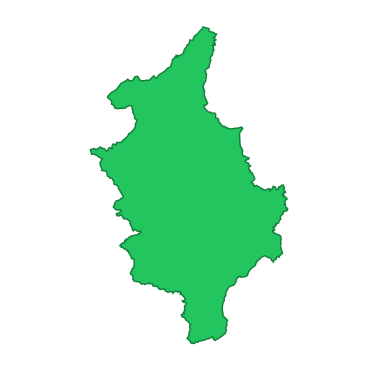 outline of Yamethin, Mandalay, Myanmar, rotated 244°
{"feature_id": "60261553B80519287808549", "entity_name": "Yamethin", "entity_type": "district", "adm_level": 2, "iso_a3": "MMR", "parent_name": "Myanmar", "parent_adm1": "Mandalay", "projection": "orthographic", "projection_center": [96.12, 20.484], "detail": "fine", "context": "isolated", "style": "filled", "palette": "green", "viewbox_px": 384, "rotation_deg": 244, "n_neighbors": 0, "source": "geoboundaries", "source_scale": "gbopen_adm2", "svg_char_len": 6080}
<svg xmlns="http://www.w3.org/2000/svg" viewBox="0 0 384 384"><g transform="rotate(244 192 192)"><path d="M97.2,246.4L104.5,247.7L106.6,249.3L109.1,250.2L110.9,251.6L113.4,252.3L115.3,251.4L116.8,249.6L119.2,248.0L120.4,247.3L121.4,247.3L122.1,248.1L121.5,248.1L121.4,249.3L121.7,249.6L121.8,249.0L122.2,248.7L123.6,249.6L124.2,249.3L125.1,249.9L124.3,251.0L125.4,252.9L126.0,252.9L125.9,253.4L126.6,253.3L126.2,256.3L127.7,257.4L128.8,259.9L130.3,260.1L131.8,261.4L132.7,264.7L133.9,265.0L134.2,265.5L133.6,269.3L134.4,269.4L134.3,270.1L134.7,270.5L135.6,269.9L136.0,270.4L137.0,269.6L139.5,270.2L139.8,269.5L140.2,269.5L140.3,270.6L141.4,270.8L143.5,272.1L144.0,273.4L143.8,274.0L144.6,274.5L146.2,274.1L146.4,273.4L148.2,273.1L148.1,272.5L148.7,272.8L148.9,272.3L149.8,273.2L150.1,272.3L151.2,274.3L150.5,275.7L151.9,276.0L152.0,275.2L154.0,275.4L154.6,276.7L158.1,277.2L158.8,275.4L158.0,273.9L158.6,272.3L156.6,270.2L157.0,269.2L160.4,268.8L161.4,267.5L159.4,264.7L159.5,263.1L159.1,262.4L160.0,262.5L160.5,263.2L161.5,262.2L161.4,258.5L164.9,255.8L169.6,252.9L169.7,250.4L172.5,250.7L174.7,249.4L175.6,253.1L176.3,254.2L182.6,254.5L184.1,252.9L185.3,254.0L186.8,253.2L188.2,253.2L189.3,254.2L190.0,256.1L191.5,254.7L192.9,255.6L196.0,253.0L197.1,254.8L196.6,257.0L197.7,258.2L198.2,257.0L199.4,256.5L201.2,255.0L201.5,253.9L204.3,253.9L207.4,255.8L211.9,255.6L213.4,255.9L224.1,260.5L226.9,265.4L228.6,265.0L229.1,261.6L230.1,259.6L231.5,254.6L232.8,252.9L234.7,251.3L235.0,250.4L235.6,250.6L236.9,249.9L237.2,248.8L240.2,247.5L241.9,247.5L242.5,246.8L245.3,247.4L246.0,247.8L248.4,245.8L251.5,247.3L252.6,247.2L253.1,246.8L254.0,244.3L255.3,243.9L257.0,241.5L261.9,240.1L264.7,240.8L263.9,242.5L264.9,244.9L273.2,245.3L277.5,247.6L281.1,247.8L282.9,249.0L286.0,253.0L288.6,254.9L291.6,256.7L294.4,256.7L296.3,258.5L296.4,261.2L297.0,262.5L298.0,262.8L302.7,266.9L303.3,266.6L304.7,267.2L306.5,270.8L309.9,273.0L310.0,274.1L311.6,274.0L313.0,274.8L315.1,275.0L315.1,275.8L313.8,276.8L314.4,277.5L315.5,277.0L315.8,277.9L317.5,277.3L318.4,278.0L317.9,279.3L318.2,280.2L321.3,279.0L321.1,280.2L323.1,283.3L324.2,282.1L326.0,281.2L328.8,277.8L331.1,278.8L331.6,278.6L335.5,274.2L333.9,272.2L333.4,269.9L331.9,267.0L331.1,262.8L329.2,260.2L328.0,259.6L328.2,258.5L329.6,256.7L326.4,254.3L326.2,252.0L325.0,250.7L323.4,247.7L320.6,244.9L320.1,243.6L319.9,241.0L320.7,239.1L321.7,237.8L319.9,237.9L321.0,236.3L319.9,234.6L319.7,232.7L317.1,230.8L316.0,229.4L314.1,227.9L313.8,226.3L313.9,224.3L312.4,220.0L311.9,213.7L310.5,211.5L310.2,210.0L310.7,208.9L312.8,208.9L313.1,208.3L311.1,202.5L312.3,200.4L313.0,197.7L313.7,196.3L314.5,194.9L315.6,194.1L318.4,194.1L320.1,193.5L320.5,191.0L318.7,188.6L318.2,187.1L319.3,184.5L321.5,183.8L320.8,180.4L320.7,175.9L317.2,168.9L316.6,162.3L314.8,158.1L314.1,157.6L312.7,157.9L310.0,159.5L308.0,159.2L306.4,158.2L303.8,160.0L302.0,159.4L301.2,159.8L300.7,159.7L300.2,161.3L299.3,161.7L298.8,164.6L297.7,165.7L296.7,168.7L297.2,170.9L297.0,174.3L295.8,175.5L290.1,174.2L289.8,173.7L285.4,173.8L283.7,172.8L282.5,173.0L281.3,173.8L279.6,173.2L277.8,170.8L275.5,169.8L273.6,166.9L272.1,162.9L272.1,160.7L270.5,159.0L269.5,156.3L268.8,152.5L267.9,150.7L267.7,149.5L269.4,146.5L269.3,145.7L267.6,144.5L269.5,142.5L269.6,141.5L267.6,139.8L266.0,139.3L266.8,138.2L267.9,137.6L268.1,136.9L266.4,134.5L266.3,133.1L269.3,132.1L271.3,129.9L272.6,129.4L272.1,124.2L273.4,123.6L274.1,122.7L274.5,119.2L269.9,118.4L268.8,121.0L267.5,121.6L266.7,122.8L265.4,122.9L261.1,126.0L260.8,124.9L259.8,124.4L258.9,122.2L256.1,121.4L251.9,121.1L250.9,120.3L248.2,124.3L243.3,123.0L242.5,123.9L240.4,124.3L240.2,125.1L238.6,126.4L237.0,126.1L236.3,126.5L233.0,125.4L230.7,127.8L229.7,128.0L227.5,127.6L218.0,128.2L217.2,127.9L217.4,127.5L216.8,125.9L217.4,125.4L216.5,123.2L217.2,120.4L217.1,119.7L215.3,117.0L213.7,116.2L213.7,115.5L213.0,114.7L209.4,115.9L207.6,118.6L207.7,119.9L207.1,120.5L205.4,119.2L205.5,114.4L204.4,114.1L203.6,114.2L202.5,115.8L202.7,118.5L198.4,118.9L197.5,119.3L196.4,121.7L195.5,121.8L194.7,122.7L193.6,122.8L192.3,123.8L191.1,122.4L185.6,122.4L184.4,121.9L182.8,122.4L183.7,123.5L183.5,124.2L180.3,126.0L179.5,128.5L178.7,128.7L177.7,128.1L178.1,126.7L177.5,124.3L179.0,118.3L179.0,116.1L178.2,114.2L178.4,112.2L177.4,111.1L178.0,111.1L178.0,110.7L177.8,110.2L176.5,109.9L176.5,106.4L175.4,103.7L174.6,104.5L173.5,104.6L173.3,104.3L172.5,105.5L170.7,106.1L169.0,107.9L167.3,107.9L167.0,108.8L165.8,108.5L161.4,108.9L158.8,108.5L157.1,110.1L155.3,109.9L150.0,106.9L149.0,104.3L147.5,103.2L146.7,101.4L144.8,100.9L143.5,101.8L142.0,102.0L139.8,100.7L137.6,100.8L135.9,102.6L134.6,105.0L131.3,106.3L130.9,108.3L129.6,109.0L129.3,112.6L128.1,113.3L127.3,116.1L125.1,115.7L124.0,116.5L123.2,117.8L122.9,119.2L118.9,120.0L117.9,121.8L116.9,125.0L115.8,124.6L114.7,124.7L112.3,126.5L112.1,129.0L111.0,130.3L109.3,130.4L110.0,131.8L110.1,133.4L109.6,134.9L108.0,135.4L108.2,136.9L106.1,137.9L105.1,136.0L105.1,137.6L99.7,139.2L98.0,138.4L97.9,136.4L98.5,135.7L97.0,135.7L94.9,138.1L93.8,138.0L92.7,135.1L90.9,135.1L90.4,134.1L88.9,133.9L88.6,132.8L87.4,132.7L87.4,131.8L86.6,131.6L87.2,131.2L86.0,130.2L86.5,128.8L85.7,128.4L83.7,128.7L83.0,129.9L81.4,130.5L80.0,130.2L76.8,132.0L74.4,132.1L73.1,132.6L72.7,131.4L71.1,130.5L68.5,129.9L67.8,128.4L63.8,125.7L62.6,123.5L58.1,125.1L56.9,124.7L54.8,127.7L55.4,130.1L54.4,131.6L55.1,133.4L54.5,134.1L53.5,138.0L53.3,141.6L52.8,142.8L53.2,146.4L51.9,147.1L51.3,146.6L50.6,146.7L48.5,147.6L48.9,152.6L49.4,154.7L49.2,155.8L49.9,157.1L50.2,159.8L53.2,162.6L54.9,162.5L57.1,165.0L59.9,166.0L61.0,167.7L67.5,165.5L69.1,166.6L72.5,167.4L75.9,169.1L79.3,171.7L80.0,173.1L83.1,174.9L84.1,177.0L86.2,177.7L90.1,182.7L90.6,184.6L90.0,188.6L91.4,191.4L94.8,194.6L95.4,197.5L93.8,198.9L92.6,202.9L92.7,205.3L94.2,206.4L95.9,208.7L97.2,211.2L98.3,216.6L100.2,218.6L101.9,221.6L101.7,222.5L102.7,225.1L103.0,228.0L102.5,229.9L99.7,231.7L98.5,233.7L96.2,233.5L93.4,234.4L94.6,235.7L94.8,238.3L96.1,239.1L96.3,240.8L95.2,241.9L96.4,242.9L97.2,246.4Z" fill="#22c55e" stroke="#15803d" stroke-width="1.5"/></g></svg>